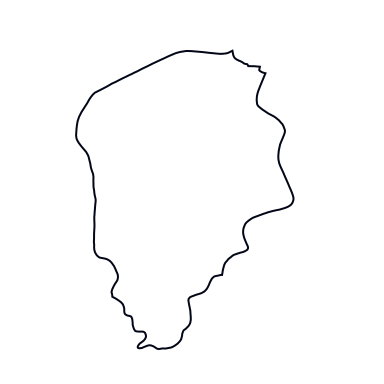 Thuy Nguyen, Hải Phòng, Vietnam, rotated 246°
{"feature_id": "81297802B48433290328639", "entity_name": "Thuy Nguyen", "entity_type": "district", "adm_level": 2, "iso_a3": "VNM", "parent_name": "Vietnam", "parent_adm1": "Hải Phòng", "projection": "natural_earth1", "projection_center": [106.641, 20.943], "detail": "fine", "context": "isolated", "style": "outline", "palette": "ink", "viewbox_px": 384, "rotation_deg": 246, "n_neighbors": 0, "source": "geoboundaries", "source_scale": "gbopen_adm2", "svg_char_len": 5835}
<svg xmlns="http://www.w3.org/2000/svg" viewBox="0 0 384 384"><g transform="rotate(246 192 192)"><path d="M140.0,267.1L139.6,270.6L139.5,272.5L139.5,273.9L139.7,275.3L139.9,276.6L140.4,277.9L141.2,279.2L142.2,280.3L143.3,281.2L143.6,281.5L144.6,282.0L146.1,282.5L148.1,282.8L150.6,283.0L153.9,283.1L157.4,283.1L160.9,283.2L164.0,283.2L168.3,283.2L172.7,283.3L177.2,283.2L179.8,283.2L182.1,283.3L184.1,283.6L187.2,284.4L188.6,285.0L189.8,285.5L191.3,286.3L192.5,287.0L193.3,287.4L194.6,288.2L198.2,290.8L199.5,291.7L202.7,295.0L203.7,296.1L204.0,296.4L205.7,298.2L206.8,299.3L207.8,300.3L209.0,301.2L209.6,301.6L210.3,301.9L211.6,302.1L213.1,302.2L215.4,302.3L217.5,302.1L219.0,301.5L222.1,300.6L225.9,298.7L227.8,297.5L232.9,293.5L238.8,289.8L241.9,288.2L243.8,287.4L245.4,287.2L246.4,287.4L249.7,288.5L251.9,289.6L253.6,290.6L255.7,292.2L257.3,293.6L261.0,297.3L266.7,303.3L270.6,307.4L271.9,305.8L272.9,304.7L274.9,303.3L275.8,303.0L276.1,303.0L278.8,305.0L281.6,300.0L284.1,294.6L285.4,294.6L286.2,294.5L286.7,293.8L287.4,292.7L288.4,291.7L289.9,290.9L291.7,289.5L292.8,288.4L295.0,286.6L296.8,285.6L298.5,285.3L300.5,285.4L304.6,286.4L304.5,284.0L304.4,282.3L304.5,281.0L304.7,279.7L305.1,278.4L305.7,276.5L306.3,275.0L306.9,273.6L308.0,271.6L312.5,263.7L315.3,259.0L319.5,251.4L321.2,248.3L322.7,245.1L323.4,243.4L323.9,241.3L324.6,238.9L324.8,237.8L325.2,235.5L325.4,234.0L325.5,232.4L325.6,226.3L325.5,221.0L325.4,213.5L325.3,208.0L325.0,202.5L324.9,197.0L324.5,191.1L324.5,188.1L324.3,184.7L324.3,182.7L324.0,173.2L323.6,166.5L323.6,164.6L323.6,162.8L323.4,161.2L323.2,159.5L322.9,156.4L322.8,154.4L322.5,149.7L322.4,147.1L322.3,145.6L322.2,143.5L321.2,140.8L320.0,138.5L318.2,135.6L315.7,132.3L313.5,128.9L310.0,123.6L306.6,119.4L303.2,116.3L300.2,114.3L298.9,113.5L296.7,112.2L291.0,109.2L289.8,108.8L288.0,108.3L285.8,108.2L283.0,108.5L278.0,109.7L275.0,110.6L271.6,111.6L268.3,111.9L266.6,111.9L262.6,111.2L259.2,110.6L255.5,109.6L252.4,109.2L252.1,109.2L250.9,109.1L248.9,109.0L246.5,108.3L245.6,108.0L243.3,106.9L242.0,106.3L240.7,105.8L238.6,104.9L237.2,104.3L236.0,103.9L234.9,103.6L233.2,103.2L231.2,102.5L229.3,102.0L228.6,101.8L227.5,101.6L226.1,101.3L224.8,101.1L223.9,100.7L223.3,100.5L222.0,99.8L220.9,99.1L218.7,97.9L217.3,97.1L215.2,96.0L213.3,94.9L211.1,93.8L209.2,92.7L207.6,92.0L206.5,91.5L204.7,90.8L203.3,90.2L201.8,89.6L199.8,88.7L198.5,88.0L196.1,86.8L193.6,85.5L192.2,84.9L190.7,84.2L188.9,83.4L186.2,82.0L184.2,81.4L182.5,80.7L181.4,80.1L180.3,79.7L179.1,79.3L177.9,79.1L176.9,78.9L176.0,78.9L174.8,79.0L173.4,79.2L172.6,79.4L171.9,79.7L170.8,80.2L170.3,80.5L169.7,81.0L169.1,81.7L168.3,82.9L167.6,83.9L166.7,85.2L165.5,86.7L164.4,87.6L163.6,88.2L162.3,89.0L160.7,89.6L159.3,90.0L157.6,90.3L156.3,90.6L153.9,90.7L152.2,90.7L149.7,90.6L149.0,90.7L148.0,90.6L146.9,90.6L145.4,90.1L144.6,89.9L144.1,89.6L142.9,88.8L142.3,88.4L141.9,88.0L141.2,87.1L140.4,85.9L139.6,84.6L138.6,83.2L137.7,82.0L135.4,79.4L134.4,78.6L133.8,78.1L133.2,77.8L132.7,77.6L131.8,77.6L131.2,77.4L130.7,77.3L130.3,77.2L129.6,77.0L128.7,76.6L125.8,78.9L124.1,80.0L122.2,81.2L119.8,82.5L118.8,82.7L117.8,83.1L117.2,83.2L116.1,83.1L115.0,83.0L113.7,82.8L112.6,82.5L111.5,82.0L110.4,81.5L109.3,81.2L108.4,81.1L107.2,81.4L105.9,82.3L105.1,83.2L105.0,83.3L104.3,84.4L103.4,85.4L102.5,85.8L100.8,85.8L99.4,85.5L97.9,85.0L96.8,84.6L96.4,84.5L96.1,84.4L95.8,84.2L95.4,84.0L94.2,83.7L93.0,83.5L91.0,83.3L90.1,83.3L89.5,83.4L88.8,83.5L88.1,83.7L87.6,84.2L87.0,85.0L86.5,85.9L85.6,87.7L84.6,90.0L84.3,90.5L83.8,91.0L83.3,91.4L82.6,91.7L81.9,91.8L81.5,91.8L81.2,91.8L80.6,91.7L80.2,91.7L79.7,91.5L79.4,91.5L79.0,91.3L78.5,91.1L78.1,90.7L77.8,90.4L77.3,89.9L77.0,89.6L76.8,89.2L76.5,88.6L76.2,88.1L76.0,87.6L75.8,87.0L75.6,86.4L75.4,85.4L75.2,84.5L75.0,83.7L74.9,83.1L74.7,82.5L74.5,82.0L74.2,81.4L73.8,80.8L73.6,80.4L73.2,80.0L73.0,79.7L72.6,79.4L72.1,79.3L71.9,79.3L71.5,79.3L71.2,79.6L71.0,79.8L70.7,80.3L70.5,80.8L70.2,81.8L69.9,82.6L69.9,83.4L69.9,85.4L69.8,87.2L69.7,89.1L69.3,90.7L69.0,91.4L68.4,92.3L67.8,92.9L67.1,93.6L66.3,94.3L65.3,94.9L64.7,95.3L64.0,95.8L63.4,96.1L62.8,96.6L62.3,97.4L62.0,98.1L61.6,99.2L61.5,100.0L61.3,100.7L61.1,101.3L60.6,102.4L60.0,103.6L59.7,104.5L59.4,105.5L59.1,107.1L58.7,108.4L58.5,109.2L58.4,110.3L58.4,111.3L58.5,112.5L58.7,114.2L59.1,116.0L59.3,117.0L59.5,117.5L60.3,119.5L61.0,120.9L61.9,122.2L62.7,122.8L63.6,123.6L64.8,124.5L66.1,125.2L67.2,126.1L68.1,127.0L68.8,127.8L69.1,128.4L69.3,129.1L69.4,129.9L69.6,130.8L70.1,132.0L70.9,134.1L71.6,135.3L72.4,136.3L73.3,137.3L74.0,137.7L75.1,138.5L76.1,139.1L77.6,139.7L78.8,140.2L81.9,141.3L84.6,142.3L85.8,142.5L87.7,143.0L90.1,143.5L93.7,144.4L94.6,144.7L95.2,145.1L95.7,145.5L96.1,146.1L96.5,147.0L96.7,147.7L96.7,148.3L96.7,149.5L96.5,152.2L96.5,153.2L96.3,154.9L96.1,156.4L95.8,158.8L95.8,159.8L95.9,160.8L96.0,162.2L96.2,163.2L96.5,163.9L96.9,164.9L97.6,166.3L98.4,167.4L99.1,168.3L99.6,168.9L100.9,170.3L102.5,172.0L103.9,173.8L104.6,174.7L105.1,175.7L105.5,176.9L105.7,177.6L105.7,178.5L105.6,179.4L105.2,181.0L104.9,182.4L104.6,183.9L104.5,184.7L104.2,185.4L104.0,185.7L105.7,186.9L108.1,188.4L110.1,190.0L112.3,191.8L113.4,193.1L113.9,193.8L114.4,194.9L114.8,195.8L115.5,197.1L116.0,198.0L116.2,199.0L116.5,199.9L116.6,200.8L117.1,202.3L117.4,203.5L117.5,204.3L117.5,205.5L117.3,207.1L117.3,207.8L116.9,211.5L116.4,214.3L116.4,215.3L116.4,216.3L116.5,217.3L116.7,218.8L117.1,219.6L117.6,220.1L118.4,220.6L119.2,220.8L120.7,220.9L121.9,220.8L126.0,220.9L128.4,221.0L131.1,221.4L132.6,221.7L134.2,222.2L136.4,223.3L138.1,224.5L139.4,225.8L140.7,227.1L141.3,227.9L142.0,229.4L142.3,230.3L142.6,231.3L143.0,232.9L143.2,234.0L143.4,234.9L143.5,235.8L143.7,237.0L143.6,239.4L143.4,242.1L143.1,246.8L143.0,248.7L142.8,250.1L142.6,252.8L142.3,254.8L141.7,258.6L140.9,262.4L140.4,264.4L140.0,267.1Z" fill="none" stroke="#020617" stroke-width="2"/></g></svg>